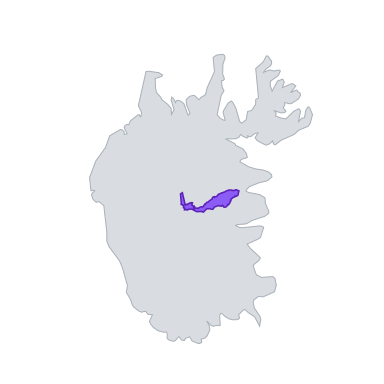 location of Akrahreppur, Norðurland vestra, Iceland, rotated 103°
{"feature_id": "244011B74034306834774", "entity_name": "Akrahreppur", "entity_type": "district", "adm_level": 2, "iso_a3": "ISL", "parent_name": "Iceland", "parent_adm1": "Norðurland vestra", "projection": "orthographic", "projection_center": [-18.727, 65.238], "detail": "fine", "context": "in_parent", "style": "filled", "palette": "violet", "viewbox_px": 384, "rotation_deg": 103, "n_neighbors": 0, "source": "geoboundaries", "source_scale": "gbopen_adm2", "svg_char_len": 8417}
<svg xmlns="http://www.w3.org/2000/svg" viewBox="0 0 384 384"><g transform="rotate(103 192 192)"><path d="M283.2,107.4L286.2,107.5L291.1,105.0L297.8,97.9L300.7,96.3L307.6,95.9L299.6,102.8L296.9,110.0L294.8,113.5L294.9,115.1L301.1,119.0L303.9,117.4L305.1,117.8L306.4,119.8L307.4,123.7L307.2,127.9L305.7,132.1L303.6,135.7L304.0,136.8L305.9,137.3L315.6,134.5L317.1,139.5L318.1,141.1L317.9,142.9L314.4,148.6L318.8,144.8L322.4,143.6L328.8,144.9L331.5,146.6L333.3,150.0L336.3,148.7L337.9,150.5L338.1,152.6L337.1,158.5L333.6,161.7L336.2,165.7L338.1,165.7L338.5,166.6L338.5,169.1L335.8,172.3L340.9,175.1L341.6,176.3L341.6,180.0L341.0,182.2L339.6,183.6L336.1,184.0L334.1,185.6L335.0,187.8L334.8,194.1L332.5,199.5L330.1,202.4L327.7,204.4L320.5,202.9L321.1,207.3L318.8,210.2L319.4,212.5L320.4,213.6L320.1,216.6L317.3,222.8L315.1,225.0L310.7,227.6L304.4,233.5L297.8,233.8L281.7,242.6L275.3,247.2L264.1,260.4L259.2,263.9L250.8,265.8L225.3,274.8L222.5,279.9L222.4,281.0L223.6,282.9L221.7,286.5L217.8,289.1L215.9,289.1L212.7,287.0L212.3,288.0L213.6,290.7L201.0,295.1L183.4,292.7L168.0,286.3L155.7,284.8L147.3,275.9L147.1,274.6L148.1,272.0L151.2,270.9L149.8,268.3L144.5,272.7L142.8,272.5L140.7,270.6L140.6,268.8L136.3,267.9L129.1,262.1L128.5,260.9L130.4,259.1L130.1,258.8L126.0,258.9L119.9,263.7L85.0,263.9L84.0,261.1L83.2,251.1L84.6,247.0L86.1,247.5L89.8,253.4L99.2,250.8L103.1,248.9L106.8,243.6L108.9,242.0L112.1,235.3L115.1,231.2L121.0,229.5L115.8,228.0L106.9,233.1L104.0,233.0L105.5,230.6L108.6,228.1L106.6,227.8L105.8,226.5L105.9,223.9L107.6,219.9L118.1,213.1L115.8,211.6L108.5,216.8L103.3,218.5L99.2,215.7L97.4,212.1L97.7,210.7L100.3,206.4L100.0,205.5L98.3,205.0L94.1,200.7L87.0,200.7L69.7,197.2L56.1,201.7L53.1,198.9L50.9,193.1L51.7,191.0L54.1,189.9L60.5,190.6L70.1,188.7L74.6,185.8L76.3,186.7L76.9,188.3L82.9,186.3L86.2,183.6L91.3,185.3L111.0,184.9L113.7,181.3L115.0,176.9L114.6,175.9L107.2,179.7L105.5,179.5L97.4,176.9L94.5,174.3L95.6,172.3L100.2,168.3L111.8,161.8L113.4,160.5L113.6,158.8L109.4,155.5L101.0,155.9L99.1,152.2L92.3,149.7L87.6,150.7L85.3,148.4L57.4,157.7L49.0,151.8L42.8,150.3L42.4,148.7L46.5,144.0L49.1,143.3L51.5,144.0L56.0,147.9L59.3,149.2L55.5,143.8L55.7,138.9L54.6,137.5L53.6,134.2L54.2,133.1L59.1,134.2L66.5,140.5L70.5,139.8L75.8,136.6L64.6,133.7L61.6,128.9L64.2,126.8L70.0,127.5L64.1,119.4L63.9,118.0L65.3,114.7L73.1,118.3L69.2,113.4L69.2,112.4L70.5,111.6L71.3,108.9L73.4,108.0L77.4,109.2L83.3,114.9L84.1,116.5L84.0,121.8L86.5,121.2L89.4,122.1L92.1,118.6L93.8,119.6L94.9,122.9L94.3,130.0L96.2,127.7L99.1,127.7L99.9,121.8L99.7,117.0L90.4,111.0L86.9,106.8L87.4,105.5L89.4,104.4L99.4,104.1L95.3,101.5L94.4,99.1L86.8,99.5L83.0,98.2L83.0,97.0L84.7,95.4L89.5,92.0L98.1,92.2L101.6,93.4L107.8,101.9L113.0,105.5L121.6,116.9L127.2,121.4L127.4,122.4L126.4,123.7L124.1,125.0L127.5,127.1L129.5,130.0L129.6,131.3L127.3,140.0L124.9,142.8L119.6,140.9L120.7,143.8L124.5,146.9L125.3,148.7L124.6,150.3L126.5,149.8L127.1,150.8L126.0,155.8L125.0,157.6L128.2,158.7L130.3,161.3L132.7,171.5L134.5,163.8L135.3,161.0L136.7,160.0L138.6,152.1L142.4,147.5L145.9,145.9L149.3,151.5L151.8,152.1L154.7,142.5L155.2,135.3L154.6,127.4L155.3,121.8L157.1,118.5L159.3,117.5L164.1,121.0L168.0,128.9L174.0,137.5L178.2,139.7L179.0,139.4L179.7,136.7L179.3,125.4L181.3,119.5L186.3,118.1L193.9,112.6L195.6,112.5L199.3,115.6L206.1,126.9L210.9,132.1L213.5,140.4L214.6,142.0L215.6,139.3L215.7,135.6L209.8,118.4L209.7,116.0L210.2,114.2L220.6,115.0L223.0,116.9L230.3,126.6L233.8,122.5L240.6,110.7L243.0,111.0L249.1,115.6L251.4,115.1L258.3,110.6L259.6,105.1L256.2,94.2L257.4,91.9L263.7,88.9L270.6,89.1L278.2,99.1L278.8,103.8L283.2,107.4Z" fill="#d9dde1" stroke="#a8b0b8" stroke-width="1"/><path d="M194.8,201.2L196.4,202.8L205.2,200.0L206.5,199.8L206.4,199.4L206.6,199.2L206.6,198.8L206.6,198.7L207.0,198.2L206.9,198.0L206.8,197.9L206.8,197.7L206.8,197.3L206.8,197.1L207.2,196.8L208.0,196.8L208.2,197.0L208.5,197.0L209.2,196.8L209.4,196.6L209.4,196.4L209.3,196.1L209.3,195.8L209.5,195.6L209.6,195.4L209.8,195.3L210.0,195.4L210.1,195.5L210.3,195.5L210.5,195.3L210.6,195.2L211.0,195.2L210.8,194.9L210.8,194.7L210.6,194.4L210.6,194.2L210.5,193.9L210.6,193.7L210.6,193.4L210.7,193.1L210.7,192.9L210.4,192.8L210.3,192.7L210.2,192.4L210.3,192.1L210.1,192.0L210.1,191.9L209.9,191.8L209.9,191.7L209.7,191.5L209.6,191.3L209.4,191.1L209.3,190.7L209.2,190.4L209.2,190.0L209.2,189.8L209.1,189.6L209.0,189.4L208.9,189.2L208.7,188.2L208.8,188.1L210.1,183.1L209.2,179.4L208.9,178.8L208.9,177.5L209.0,177.3L208.9,177.2L209.0,176.8L209.1,176.6L209.1,176.4L208.6,176.0L205.0,173.9L205.0,173.3L204.3,170.9L204.3,170.6L204.4,169.9L204.3,168.7L204.1,167.8L203.9,167.6L203.6,167.4L203.0,167.2L201.9,167.0L201.6,166.9L201.0,165.7L200.2,164.5L199.3,163.5L199.3,163.1L199.4,162.9L199.5,162.4L199.5,162.1L199.5,161.8L199.4,161.4L199.3,161.2L199.2,160.9L199.1,160.7L199.1,160.3L199.1,160.2L199.2,159.9L198.9,159.6L198.6,159.7L198.3,159.6L198.2,159.6L198.1,159.4L198.2,159.2L198.2,158.9L198.4,158.7L199.4,157.9L199.5,157.7L199.6,157.3L199.4,156.7L199.3,156.2L199.0,155.7L198.7,155.3L198.1,154.9L197.7,154.8L197.6,154.7L197.1,154.3L196.6,154.5L196.2,154.4L196.0,154.2L195.9,153.9L196.0,153.6L195.9,153.6L195.7,153.4L195.3,153.3L195.2,153.2L195.1,152.9L194.7,152.8L194.3,152.7L193.7,152.8L192.4,152.2L192.2,152.2L191.8,152.6L191.4,152.5L191.2,152.2L190.8,152.3L190.5,152.5L190.2,152.5L190.1,152.3L190.0,152.1L189.9,152.0L188.9,151.3L188.8,151.2L188.5,151.3L188.4,151.2L188.3,150.9L188.1,150.7L187.8,150.2L187.4,149.8L187.3,149.3L187.2,149.2L186.4,149.3L186.1,149.2L186.3,148.5L186.4,148.4L186.3,148.2L186.0,147.7L185.7,147.5L185.3,146.8L185.0,146.6L183.1,146.5L181.7,146.6L181.0,146.6L180.7,146.5L180.3,146.5L180.2,146.6L180.4,146.9L180.3,147.0L180.3,147.4L180.2,147.6L180.2,147.9L180.2,148.0L180.1,148.4L179.9,148.6L179.9,148.8L179.8,149.1L180.1,150.1L180.3,150.3L180.4,150.5L180.9,150.7L180.9,151.1L180.9,151.3L181.1,151.9L181.2,152.0L181.3,152.3L181.3,152.5L181.4,152.8L181.4,153.0L181.5,153.1L181.4,153.2L181.2,153.5L181.2,153.8L181.2,154.0L181.4,154.4L181.7,156.6L182.0,156.9L182.4,157.1L182.4,157.3L182.5,157.4L182.6,157.7L182.9,158.0L183.2,158.9L183.5,159.3L184.3,159.8L184.5,160.0L184.8,160.5L185.0,160.7L185.0,160.9L185.0,161.1L185.2,161.4L185.4,161.5L185.8,162.0L186.0,162.0L186.1,162.4L186.0,162.5L186.1,162.8L186.3,162.9L186.4,163.2L186.6,163.4L186.8,163.8L187.0,163.9L187.1,164.1L187.4,164.4L187.7,164.6L187.7,164.9L187.8,165.0L187.9,165.3L188.0,165.4L188.1,165.6L188.3,165.8L188.5,165.8L188.6,166.0L188.8,166.1L189.1,166.0L189.4,166.2L189.5,166.2L189.8,166.5L190.0,166.5L190.4,166.7L190.5,166.9L190.9,167.1L191.0,167.4L191.1,167.5L191.3,168.0L191.5,168.3L191.7,168.6L191.9,168.8L191.7,168.9L191.5,169.0L191.4,169.2L191.6,169.6L191.9,169.9L192.0,170.2L193.1,170.9L194.2,170.8L194.4,170.9L194.6,171.1L195.1,171.7L195.7,172.1L196.0,172.5L196.4,172.9L196.6,173.1L197.0,173.3L197.4,173.5L197.9,173.8L198.1,173.9L198.4,174.5L198.5,174.8L198.6,175.1L199.0,175.2L200.3,176.3L200.6,176.6L200.9,176.3L201.0,176.4L201.2,176.7L201.5,176.7L201.9,177.0L202.1,177.3L202.3,177.4L202.5,177.6L203.4,177.7L203.9,177.9L204.1,178.2L204.1,178.4L204.2,178.5L204.3,178.6L204.2,178.8L204.3,179.2L204.3,179.4L204.3,179.7L204.4,179.8L204.5,180.0L204.7,180.4L204.9,180.6L205.2,181.0L205.4,181.1L205.6,181.3L205.6,181.5L205.9,181.7L206.0,181.9L206.3,182.1L206.4,182.4L206.6,182.5L206.6,182.9L206.5,183.0L206.5,183.3L206.7,183.5L206.6,183.8L206.7,184.0L206.8,184.3L206.8,184.5L206.8,184.8L206.9,185.1L207.0,185.2L207.0,185.4L207.2,185.5L207.4,185.9L207.7,185.9L207.7,186.1L207.8,186.4L207.7,186.5L207.1,186.9L206.9,186.9L206.6,186.7L206.3,186.8L206.1,186.9L205.9,186.7L205.8,186.4L205.7,186.2L205.6,186.3L205.4,186.5L205.2,186.6L205.3,186.9L205.3,187.1L205.3,187.3L205.4,187.5L205.5,187.7L205.3,188.0L205.1,188.3L205.1,188.5L204.9,188.7L204.7,188.7L204.6,188.9L204.4,189.0L204.5,189.2L204.4,189.2L204.2,189.3L203.8,189.5L203.7,189.6L203.2,189.4L202.9,189.2L202.5,189.0L202.4,189.0L202.4,189.3L202.4,189.7L202.5,189.7L202.5,189.8L202.5,190.0L202.7,190.3L202.7,190.5L202.7,190.8L202.9,191.0L203.0,191.0L203.2,191.3L203.2,191.6L203.3,191.7L203.4,191.8L203.5,192.1L203.8,192.3L204.0,192.4L204.1,192.6L204.2,192.8L204.2,193.0L204.8,193.2L204.9,193.4L205.1,193.5L205.1,193.8L205.1,194.1L205.1,194.3L205.1,194.5L205.4,194.6L205.5,194.8L205.8,194.9L205.9,195.2L206.0,195.3L205.9,195.5L205.6,195.7L205.6,195.9L205.6,196.1L205.1,196.2L194.8,201.2Z" fill="#8b5cf6" stroke="#5b21b6" stroke-width="1.5"/></g></svg>